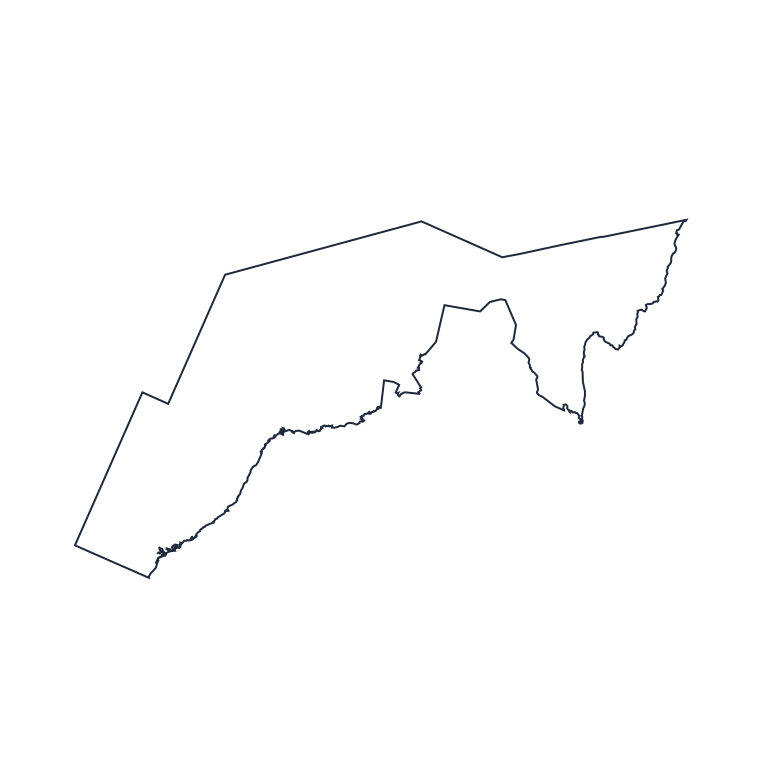 Whyalla, South Australia, Australia (Albers equal-area conic projection), rotated 24°
{"feature_id": "25037944B64884179183706", "entity_name": "Whyalla", "entity_type": "district", "adm_level": 2, "iso_a3": "AUS", "parent_name": "Australia", "parent_adm1": "South Australia", "projection": "albers", "projection_center": [137.585, -33.046], "detail": "fine", "context": "isolated", "style": "outline", "palette": "slate", "viewbox_px": 768, "rotation_deg": 24, "n_neighbors": 0, "source": "geoboundaries", "source_scale": "gbopen_adm2", "svg_char_len": 6165}
<svg xmlns="http://www.w3.org/2000/svg" viewBox="0 0 768 768"><g transform="rotate(24 384 384)"><path d="M248.1,656.7L247.5,655.3L247.9,651.9L250.3,644.8L249.6,639.2L249.1,640.2L248.8,640.1L249.9,636.3L249.5,637.2L249.1,636.4L248.4,637.4L248.4,635.0L249.5,633.1L250.0,632.8L249.9,633.5L253.1,630.0L250.8,631.3L250.7,630.5L252.0,628.4L249.8,627.6L249.3,627.9L248.4,629.9L246.4,630.3L246.6,629.6L248.2,629.1L248.4,628.2L247.9,627.4L246.4,626.5L244.8,624.4L246.5,625.3L248.3,624.8L250.2,626.6L253.2,627.6L253.1,628.0L253.6,628.0L253.4,629.6L253.8,629.9L254.1,629.3L254.1,626.6L256.5,623.9L255.2,623.5L254.6,623.9L253.8,623.2L252.5,623.3L252.2,622.6L256.1,622.1L256.8,622.4L256.2,623.2L256.9,623.6L260.5,621.6L259.6,621.3L260.5,620.3L260.1,618.9L259.4,619.0L259.0,620.2L257.9,620.4L256.9,619.6L256.7,618.9L257.3,617.2L258.3,615.7L260.9,615.1L261.4,615.7L260.0,617.2L260.6,617.1L261.2,618.2L261.9,617.3L263.6,617.1L264.3,615.8L263.9,614.8L263.6,614.8L263.9,613.0L262.2,614.3L263.2,612.5L262.5,611.7L264.5,611.2L265.2,608.4L267.3,607.7L267.7,606.6L269.2,606.5L272.1,604.4L272.8,603.0L272.1,603.3L271.5,602.7L270.4,603.4L270.6,601.9L270.8,601.7L272.1,602.4L274.6,600.1L274.6,599.1L273.7,599.2L273.9,596.9L274.6,594.7L275.9,593.0L275.4,592.2L276.2,590.3L277.0,589.7L277.3,588.1L278.4,587.4L278.7,586.0L283.6,580.8L284.1,579.3L284.8,579.7L284.8,576.2L286.4,574.6L286.2,573.8L290.8,567.0L290.9,564.7L293.4,563.1L292.8,562.7L289.9,565.5L291.8,562.6L291.5,559.3L294.7,555.7L296.9,551.7L296.8,550.6L297.2,550.2L296.4,548.8L296.8,546.5L296.3,546.3L297.3,543.0L296.6,539.5L297.1,536.1L296.6,532.2L298.4,529.0L298.3,527.1L297.5,525.3L298.0,518.8L297.3,517.3L298.0,512.8L300.1,510.2L300.7,506.5L300.5,497.3L299.6,494.8L299.2,496.4L299.0,496.2L299.3,493.8L300.2,492.3L299.9,491.7L300.8,491.1L300.8,488.8L300.3,489.0L299.8,487.5L301.2,485.7L303.2,481.6L302.2,482.4L301.4,484.0L301.4,482.0L302.7,479.8L304.0,479.4L305.4,477.9L304.7,477.4L305.1,476.7L304.7,475.5L305.1,475.3L306.0,476.1L306.2,475.0L307.7,472.3L308.8,471.6L308.3,470.5L308.6,468.6L307.7,466.6L310.2,468.7L310.5,467.4L311.1,466.8L309.6,465.4L310.7,465.2L311.4,465.7L312.1,467.0L311.0,469.0L311.5,470.7L310.1,469.6L310.0,470.9L309.5,471.4L312.3,471.3L311.8,469.5L312.1,468.2L315.9,464.6L317.9,464.4L320.2,465.4L321.5,465.4L321.2,464.8L319.9,464.9L319.8,464.4L321.5,464.5L322.6,462.7L325.5,461.1L335.5,460.7L335.6,459.8L334.4,459.4L334.0,458.8L334.7,457.4L336.1,457.9L337.8,456.9L337.1,458.2L338.8,457.5L340.7,456.0L341.3,454.6L341.1,453.5L342.9,453.9L344.4,453.2L344.2,452.2L344.8,450.9L344.1,449.3L345.6,449.2L344.9,447.6L346.7,446.0L347.8,446.5L348.8,445.6L349.9,445.4L350.3,444.6L351.4,444.9L353.3,443.2L353.4,443.9L354.2,444.0L354.2,444.9L356.3,444.2L359.1,442.1L361.0,439.9L365.0,438.8L366.1,435.4L368.3,433.5L371.6,432.5L375.1,432.3L376.2,431.6L377.2,429.7L376.8,429.5L377.4,429.5L377.2,428.6L377.5,427.9L380.2,426.8L380.8,425.5L379.7,425.0L378.2,426.5L378.7,425.8L378.6,424.8L378.2,424.5L377.1,425.0L377.3,423.7L376.1,423.5L376.8,422.1L378.4,421.4L378.4,419.3L380.3,418.4L381.7,415.8L382.6,417.1L383.2,416.4L383.9,416.5L383.9,416.0L383.1,415.5L385.7,413.7L385.5,412.9L386.9,412.5L387.5,411.6L387.5,410.3L388.7,409.4L388.7,408.8L387.5,408.6L387.5,407.7L388.4,407.1L388.6,408.2L390.8,407.0L382.6,380.6L392.1,378.2L398.2,378.6L398.2,387.1L399.7,387.1L400.6,386.3L400.5,387.1L401.6,388.7L404.0,389.1L403.4,388.7L403.3,387.2L403.8,385.8L404.6,385.5L405.2,384.2L406.7,383.0L420.3,378.6L420.3,378.1L418.8,377.4L420.5,374.4L418.6,373.4L419.3,372.1L406.0,363.3L406.3,362.3L407.8,360.0L408.0,358.5L410.4,357.1L409.4,354.9L408.3,355.3L408.8,349.9L409.7,349.8L409.9,348.4L409.0,348.2L408.9,348.7L409.0,347.9L406.3,347.9L406.3,343.6L405.4,343.6L405.5,342.2L407.5,342.4L408.9,340.1L409.7,340.1L414.1,325.2L414.2,323.6L407.2,287.4L442.3,278.6L447.3,266.1L456.2,259.1L460.7,258.0L480.6,276.4L484.3,290.8L483.6,294.7L491.7,297.5L499.9,298.9L505.6,301.3L506.8,302.5L507.4,305.7L509.6,307.5L510.5,309.4L511.4,309.4L511.5,310.4L513.1,311.0L514.1,312.1L516.9,312.6L520.9,314.5L521.4,315.5L521.2,318.0L526.5,325.7L527.1,327.1L527.0,328.5L527.4,330.1L530.0,331.1L534.1,331.3L549.1,334.9L559.3,334.9L558.9,334.0L557.8,333.7L557.0,330.7L556.5,330.0L558.4,328.7L560.5,329.5L561.3,331.8L562.4,332.5L564.4,332.7L564.5,333.9L565.1,334.1L564.7,333.2L566.5,332.4L567.7,333.2L570.0,332.1L570.8,332.5L571.9,332.0L572.9,332.3L575.2,333.7L575.6,334.4L575.6,335.6L576.9,335.9L578.4,337.3L578.5,338.0L577.5,339.5L577.9,340.1L579.6,340.3L580.7,339.4L580.1,338.5L580.3,337.8L580.9,337.9L580.7,337.0L579.1,335.3L578.6,333.5L577.3,332.6L577.6,332.1L575.9,325.4L576.1,323.0L575.4,320.1L573.5,317.8L572.4,313.2L570.7,309.2L564.8,301.1L560.6,292.4L558.8,290.3L558.3,288.2L557.1,285.8L556.8,282.8L556.0,281.6L555.7,277.8L556.1,277.6L555.6,276.4L555.1,276.4L554.2,275.0L553.3,272.4L553.4,271.3L551.7,268.4L551.8,266.9L551.1,263.7L551.8,260.1L552.9,258.0L552.8,256.7L554.7,253.8L554.4,251.9L558.1,249.8L558.5,249.9L559.3,251.8L560.1,251.7L561.1,252.9L564.2,252.1L565.9,252.2L566.7,254.1L569.0,255.4L573.8,255.4L574.9,256.5L577.0,255.8L578.2,257.0L579.7,257.1L580.9,257.9L583.7,257.4L584.4,254.8L583.7,253.2L585.1,253.4L586.4,251.5L586.2,250.6L586.7,247.9L586.1,246.2L587.4,245.0L587.4,242.1L587.9,240.7L590.2,238.2L591.2,236.0L590.7,233.5L591.3,231.8L590.0,229.9L590.3,226.5L588.1,222.2L588.4,219.6L586.7,216.5L586.9,215.4L585.9,214.0L589.0,211.3L591.9,211.9L593.0,211.4L593.2,207.8L591.1,205.3L592.3,203.8L595.4,202.3L596.5,201.2L597.0,200.3L596.9,199.3L598.3,198.7L599.2,197.6L600.2,197.6L600.7,195.9L598.8,193.1L599.7,192.1L599.8,190.4L600.9,190.0L601.3,188.8L600.9,184.7L599.5,184.0L600.5,180.5L600.4,177.0L597.9,173.1L597.9,167.6L596.6,166.2L596.1,164.8L596.1,162.7L595.6,161.8L596.7,156.7L596.4,154.8L595.0,151.7L594.8,149.8L595.0,147.3L595.9,146.2L596.4,144.5L596.1,142.0L595.7,141.0L592.7,138.2L592.1,137.1L591.7,133.2L592.4,127.9L591.2,128.4L590.6,127.1L589.6,127.4L589.1,125.4L589.2,124.1L590.5,123.3L590.7,122.4L591.4,114.2L592.3,112.9L593.4,112.5L593.6,110.9L523.8,160.9L522.8,161.0L489.1,185.1L454.7,210.3L440.5,220.1L352.1,220.2L194.4,348.8L194.9,489.9L166.7,489.9L167.3,657.1L248.1,656.7Z" fill="none" stroke="#1e293b" stroke-width="2"/></g></svg>